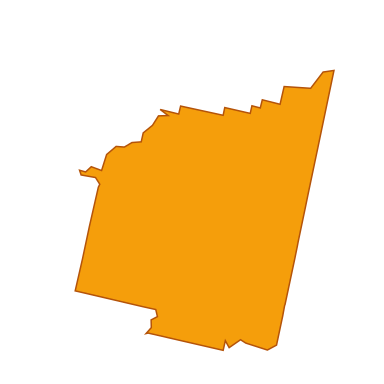 the district of Randolph, Arkansas, United States of America, rotated 102°
{"feature_id": "52423323B52253353626941", "entity_name": "Randolph", "entity_type": "district", "adm_level": 2, "iso_a3": "USA", "parent_name": "United States of America", "parent_adm1": "Arkansas", "projection": "equal_earth", "projection_center": [-91.061, 36.307], "detail": "fine", "context": "isolated", "style": "filled", "palette": "amber", "viewbox_px": 384, "rotation_deg": 102, "n_neighbors": 0, "source": "geoboundaries", "source_scale": "gbopen_adm2", "svg_char_len": 920}
<svg xmlns="http://www.w3.org/2000/svg" viewBox="0 0 384 384"><g transform="rotate(102 192 192)"><path d="M170.0,78.0L129.1,78.1L128.5,78.1L124.6,78.1L44.6,78.4L43.6,78.4L47.4,88.7L65.9,97.5L69.7,123.8L87.9,124.1L87.2,142.4L95.6,142.7L95.2,151.3L103.0,151.4L102.6,177.5L110.5,177.5L110.3,221.0L118.5,221.2L117.9,240.3L122.2,231.2L124.5,240.6L135.0,244.5L144.3,252.0L153.5,252.1L156.1,261.0L162.1,267.5L163.2,275.7L173.1,283.3L189.8,284.9L188.2,295.8L194.5,300.2L194.1,306.5L198.4,304.0L197.9,289.4L203.6,283.8L206.7,284.6L246.8,285.2L280.2,285.2L313.0,285.7L314.4,215.7L314.5,203.0L321.1,199.9L325.6,205.4L333.1,203.6L340.0,207.5L339.1,205.6L340.4,128.6L330.5,128.5L336.5,123.3L326.4,113.8L328.6,108.0L330.9,85.4L324.2,77.5L294.5,77.5L283.9,77.8L282.7,77.6L281.5,77.6L244.8,77.6L243.7,77.6L235.5,77.6L223.2,77.7L219.0,77.8L183.9,77.9L183.7,77.9L170.0,78.0Z" fill="#f59e0b" stroke="#b45309" stroke-width="1.5"/></g></svg>